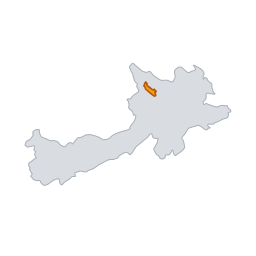 Mad, Vientiane, Laos shown in context, rotated 107°
{"feature_id": "54806243B62258390491570", "entity_name": "Mad", "entity_type": "district", "adm_level": 2, "iso_a3": "LAO", "parent_name": "Laos", "parent_adm1": "Vientiane", "projection": "albers", "projection_center": [101.829, 18.685], "detail": "fine", "context": "in_parent", "style": "filled", "palette": "amber", "viewbox_px": 256, "rotation_deg": 107, "n_neighbors": 0, "source": "geoboundaries", "source_scale": "gbopen_adm2", "svg_char_len": 5241}
<svg xmlns="http://www.w3.org/2000/svg" viewBox="0 0 256 256"><g transform="rotate(107 128 128)"><path d="M90.0,37.0L91.1,39.1L96.4,44.7L97.3,46.3L99.3,47.4L100.9,52.4L101.6,52.7L102.5,52.4L103.1,51.7L103.7,49.7L104.0,49.5L104.6,51.1L106.1,51.6L106.8,52.3L107.0,53.5L106.8,54.7L105.5,57.6L104.8,61.4L110.1,69.6L112.3,70.7L117.5,72.0L121.0,73.7L122.6,73.3L124.2,71.2L126.0,70.1L129.5,68.3L130.5,68.2L132.4,68.8L135.6,70.8L140.5,74.6L140.3,75.6L139.5,76.6L136.9,78.2L136.1,79.2L136.6,79.5L138.8,79.7L141.3,80.6L142.1,81.6L142.6,83.8L143.0,84.2L145.4,84.0L146.1,84.3L147.0,85.0L147.8,86.9L147.8,88.3L145.5,90.8L145.3,92.3L144.1,94.1L140.9,97.2L140.1,97.3L134.1,95.8L129.4,96.1L129.1,96.7L129.9,98.5L130.1,100.3L129.4,101.7L126.7,103.5L126.6,104.2L127.2,105.0L131.1,106.6L143.9,115.0L149.7,116.6L152.2,117.6L152.9,118.2L152.9,119.0L152.2,119.9L151.7,121.6L151.7,122.6L152.3,123.6L153.4,125.0L157.0,128.3L159.6,129.0L162.4,132.7L163.3,135.9L164.7,138.0L171.4,144.9L177.0,149.2L180.4,153.8L182.1,154.8L182.6,156.5L183.2,161.4L185.1,163.9L185.6,164.8L186.4,165.6L187.3,165.7L189.3,164.0L189.7,164.2L190.6,166.8L191.4,167.7L194.4,169.3L197.6,172.3L199.3,173.4L201.5,174.2L201.8,175.2L201.4,176.3L200.8,176.9L197.2,178.9L196.7,179.7L199.3,183.6L205.5,188.4L207.4,191.3L207.1,192.8L205.5,195.7L204.3,196.6L204.0,197.5L205.0,199.8L205.0,203.5L203.9,204.4L202.9,206.7L202.1,206.8L200.2,206.1L196.4,210.1L194.8,209.9L192.9,212.1L190.3,212.5L188.6,210.9L184.8,208.4L183.4,206.9L182.3,208.3L180.3,209.7L177.6,209.3L176.9,211.2L176.3,211.6L173.0,212.0L172.4,212.3L173.0,214.0L175.0,217.0L175.7,218.7L174.5,221.5L171.0,221.5L169.4,220.4L167.4,218.1L162.9,216.6L160.0,217.7L159.1,217.7L156.8,215.8L156.0,214.5L155.4,212.6L158.8,211.0L160.5,209.7L161.6,208.4L162.0,207.1L162.4,201.6L162.9,199.6L162.6,197.2L161.6,195.4L161.6,192.5L162.0,190.2L163.3,189.1L164.1,187.4L164.6,183.7L164.2,182.7L162.9,181.9L160.7,181.1L159.4,180.0L158.8,178.7L158.8,177.5L159.5,176.5L157.8,175.5L154.0,174.3L151.8,172.9L151.3,171.2L149.7,169.0L146.9,166.3L145.4,162.3L145.1,157.1L145.4,152.9L146.5,148.0L144.8,144.5L143.1,142.6L140.6,141.3L138.2,139.3L136.0,136.8L133.3,133.1L130.2,128.1L128.1,125.9L127.0,126.4L124.8,126.0L121.4,124.5L118.4,123.8L115.9,123.7L114.3,124.0L113.5,124.8L113.5,125.6L114.1,126.3L113.8,126.9L112.5,127.3L111.4,128.2L110.2,130.0L109.4,132.4L108.2,133.4L106.2,133.6L104.3,134.3L102.4,135.5L101.6,136.3L101.7,137.0L101.3,137.1L100.3,136.8L99.9,136.0L99.9,134.7L99.0,133.9L97.0,133.4L94.8,132.1L90.5,128.7L89.6,128.5L88.2,129.4L86.4,131.3L84.9,132.1L83.7,131.7L82.7,132.4L82.1,134.2L80.9,135.6L75.2,139.3L70.0,144.1L68.7,144.5L65.6,143.2L64.6,142.2L68.9,132.4L69.6,130.0L69.5,126.8L67.7,124.2L67.6,123.4L67.9,122.6L70.1,119.5L72.6,111.7L72.5,109.2L71.4,106.5L70.8,104.0L71.3,100.5L71.1,99.1L69.9,98.4L66.0,97.7L63.8,98.3L62.7,99.2L61.4,99.8L59.0,100.1L56.7,98.9L54.7,96.9L54.3,94.5L56.8,89.2L57.4,87.2L57.3,86.2L56.9,85.2L56.3,85.1L55.1,83.8L53.9,81.6L52.8,80.6L51.7,80.8L50.7,81.6L49.1,83.7L48.6,83.4L50.0,76.1L51.4,73.1L53.0,71.6L54.7,71.0L56.5,71.3L57.9,71.0L59.1,70.3L59.0,69.8L57.6,69.7L57.1,68.9L57.4,67.4L58.0,66.4L59.0,65.9L59.9,64.3L60.8,61.7L61.9,60.4L63.2,60.3L65.4,59.2L68.6,57.0L69.8,54.8L70.9,55.8L70.5,58.3L71.1,58.9L71.4,59.7L71.2,61.2L71.5,62.4L72.0,62.9L72.7,63.2L76.0,62.2L78.0,62.1L81.3,64.0L83.3,62.6L83.3,62.1L81.7,60.4L82.2,54.0L82.0,49.2L79.3,45.6L78.7,44.1L78.4,41.8L77.7,39.8L79.6,38.2L80.7,35.2L82.0,34.5L82.5,34.6L84.1,36.8L86.2,35.7L87.9,35.7L89.2,36.3L90.0,37.0Z" fill="#d9dde1" stroke="#a8b0b8" stroke-width="1"/><path d="M88.4,116.0L88.6,115.6L88.8,115.3L88.9,114.9L89.1,114.5L89.2,114.2L89.3,114.0L89.4,113.7L89.5,113.4L89.6,113.0L89.7,112.7L89.8,112.4L89.8,112.1L89.7,111.7L89.5,111.4L89.2,111.2L88.7,111.0L88.4,111.1L88.0,111.3L87.8,111.5L87.6,111.7L87.4,111.9L86.9,112.4L86.6,112.5L86.4,112.6L86.2,112.6L86.2,112.4L85.9,112.2L85.7,112.0L85.4,112.0L85.2,112.0L85.1,111.9L84.9,111.8L84.7,111.9L84.7,112.0L84.5,112.3L84.4,112.3L84.4,112.5L84.5,112.6L84.4,112.6L84.3,112.8L84.2,112.8L84.1,113.0L83.9,113.2L83.8,113.3L83.7,113.4L83.7,113.5L83.5,113.8L83.5,114.0L83.4,114.2L83.5,114.2L83.6,114.3L83.8,114.5L84.0,114.7L84.0,114.8L84.2,115.0L84.2,115.3L84.2,115.5L84.2,115.8L84.1,116.0L84.1,116.3L84.0,116.5L83.9,116.6L83.8,116.8L83.7,116.9L83.7,117.0L83.6,117.3L83.5,117.5L83.4,117.6L83.4,117.8L83.3,118.0L83.2,118.2L83.2,118.3L83.3,118.3L83.3,118.5L83.2,118.6L83.3,118.6L83.3,118.8L83.3,119.0L83.2,119.2L83.1,119.3L83.0,119.5L82.9,119.6L82.8,119.8L82.7,120.0L82.6,120.3L82.5,120.5L82.4,120.8L82.4,121.0L82.2,121.3L81.9,121.4L81.9,121.5L81.8,121.8L81.7,122.0L81.5,122.3L81.4,122.4L81.3,122.5L81.2,122.6L81.1,122.8L80.9,122.8L80.7,122.8L80.4,122.8L80.3,122.7L80.2,122.7L80.0,122.8L79.9,122.8L79.9,123.0L79.7,123.2L79.7,123.3L79.6,123.5L79.4,123.7L79.4,123.8L79.2,123.9L79.2,124.0L78.9,124.2L78.8,124.3L78.7,124.3L78.5,124.5L78.4,124.5L79.7,124.9L81.2,125.1L82.6,125.1L83.2,125.1L83.3,124.9L83.4,124.7L83.6,124.4L84.0,123.5L84.1,123.3L84.3,123.2L84.5,123.2L84.8,123.2L85.1,123.2L85.1,123.3L85.2,123.1L85.3,123.0L85.7,122.3L86.0,121.7L86.3,121.0L86.7,120.2L87.0,119.5L87.2,118.9L87.5,118.3L87.9,117.7L88.0,117.3L88.1,116.9L88.2,116.4L88.3,116.4L88.3,116.2L88.4,116.0Z" fill="#f59e0b" stroke="#b45309" stroke-width="1.5"/></g></svg>